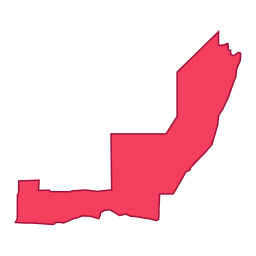 the district of S.A. Nyyazow, Tashauz, Turkmenistan
{"feature_id": "10190150B78263811448824", "entity_name": "S.A. Nyyazow", "entity_type": "district", "adm_level": 2, "iso_a3": "TKM", "parent_name": "Turkmenistan", "parent_adm1": "Tashauz", "projection": "natural_earth1", "projection_center": [58.86, 40.837], "detail": "fine", "context": "isolated", "style": "filled", "palette": "rose", "viewbox_px": 256, "rotation_deg": 0, "n_neighbors": 0, "source": "geoboundaries", "source_scale": "gbopen_adm2", "svg_char_len": 1666}
<svg xmlns="http://www.w3.org/2000/svg" viewBox="0 0 256 256"><path d="M15.4,222.5L25.2,223.0L31.9,223.0L52.7,224.4L52.9,224.4L54.7,223.8L54.8,222.6L60.3,222.3L62.8,222.9L63.6,222.9L68.5,220.9L70.8,219.9L71.5,219.4L71.9,219.3L73.4,218.7L76.7,218.0L82.3,215.9L90.4,216.2L95.3,217.7L99.0,218.7L100.0,215.6L100.3,214.6L100.5,212.7L100.8,212.5L100.9,212.3L101.7,212.0L104.8,210.2L105.9,210.4L109.0,209.5L113.1,211.6L119.4,215.5L125.7,214.1L127.3,214.8L130.7,216.2L136.1,216.6L142.4,217.7L151.3,219.1L156.2,220.6L157.9,219.9L158.7,219.1L159.0,212.2L158.8,209.8L159.4,200.4L159.6,193.9L159.9,193.9L160.4,193.9L173.2,193.9L180.3,181.6L183.2,176.7L185.8,171.9L188.3,170.8L189.9,170.0L190.6,167.6L206.6,150.8L207.3,149.9L211.1,145.6L212.1,144.0L217.6,125.0L218.7,115.5L222.7,109.2L227.9,98.3L232.6,85.0L235.9,76.3L236.6,69.0L240.3,60.3L240.6,56.1L240.6,53.1L239.4,52.9L239.2,52.7L238.3,52.4L237.5,53.1L236.6,53.8L234.3,55.2L233.7,55.6L231.2,54.6L230.9,54.5L230.8,54.4L230.9,54.1L230.7,54.0L230.6,50.2L228.5,50.1L228.3,50.0L228.0,43.6L227.8,43.5L225.2,44.2L225.0,44.9L222.7,44.9L220.6,45.4L220.0,45.8L219.2,44.9L218.6,44.7L218.6,44.3L218.6,43.2L218.5,40.6L218.5,37.4L218.5,34.5L218.6,33.0L218.6,32.4L218.5,32.2L218.4,32.2L218.6,32.1L218.6,31.6L217.5,32.7L182.8,66.5L177.1,72.1L177.1,72.3L177.1,84.0L177.1,106.4L177.1,116.4L166.0,133.9L165.8,133.9L126.3,133.9L111.4,133.9L111.0,133.9L111.5,177.2L111.7,189.8L97.2,191.4L85.8,190.0L85.7,190.0L72.0,190.9L71.6,191.1L70.1,191.8L49.9,191.6L49.5,190.2L38.6,190.4L38.7,187.2L39.1,180.2L30.8,180.5L18.7,180.9L18.6,192.7L18.5,192.9L17.4,194.8L17.3,218.6L15.4,222.4L15.4,222.5Z" fill="#f43f5e" stroke="#9f1239" stroke-width="1.5"/></svg>